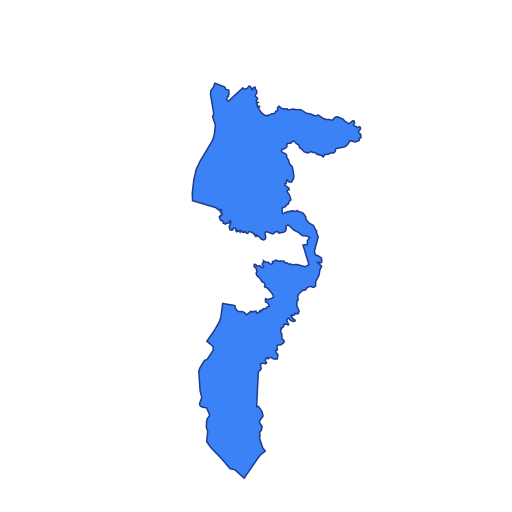 outline of Macapá, Amapá, Brazil, rotated 137°
{"feature_id": "56859067B47097843111479", "entity_name": "Macapá", "entity_type": "district", "adm_level": 2, "iso_a3": "BRA", "parent_name": "Brazil", "parent_adm1": "Amapá", "projection": "robinson", "projection_center": [-50.803, 0.571], "detail": "fine", "context": "isolated", "style": "filled", "palette": "blue", "viewbox_px": 512, "rotation_deg": 137, "n_neighbors": 0, "source": "geoboundaries", "source_scale": "gbopen_adm2", "svg_char_len": 6153}
<svg xmlns="http://www.w3.org/2000/svg" viewBox="0 0 512 512"><g transform="rotate(137 256 256)"><path d="M264.7,339.7L252.5,318.9L251.7,314.0L251.0,313.6L250.2,314.1L250.1,313.5L250.2,312.6L252.3,312.0L251.6,310.4L252.6,309.2L254.4,310.1L254.9,309.1L256.3,309.6L257.5,306.4L257.5,305.6L256.6,304.7L256.8,302.6L257.6,302.3L256.5,300.1L255.7,300.4L254.6,299.3L252.3,298.7L251.8,299.5L250.8,299.3L251.7,297.5L253.1,297.2L254.2,296.0L255.6,295.9L257.1,293.0L256.3,292.5L256.5,291.7L255.3,290.9L254.6,291.7L252.5,291.4L252.1,290.9L253.0,288.8L252.6,288.3L253.5,288.0L253.6,286.9L253.0,286.6L252.6,287.3L251.7,286.8L251.4,284.3L250.0,285.2L249.5,283.5L249.9,282.7L248.6,281.4L247.9,281.9L247.3,281.1L247.4,279.3L246.7,278.1L245.1,278.7L244.1,278.4L242.5,275.2L242.7,273.2L242.1,272.6L243.1,270.7L242.6,270.2L241.2,270.7L241.3,269.1L240.2,267.9L240.8,265.2L239.5,262.5L237.3,262.1L235.5,263.9L234.0,266.5L232.6,267.2L231.3,265.9L228.9,260.9L227.5,260.3L226.2,260.6L224.0,259.6L223.3,258.2L223.8,257.3L219.5,254.5L217.5,254.2L215.3,255.2L213.6,257.6L211.4,256.8L210.9,254.7L210.7,249.4L208.7,243.8L208.6,240.8L207.5,238.3L205.3,236.2L204.1,232.9L208.0,232.2L210.5,229.5L214.2,231.9L223.2,213.6L226.2,214.2L227.4,214.7L231.5,221.4L233.0,223.0L235.4,224.3L236.0,226.5L237.6,227.7L238.0,229.9L238.8,230.3L239.6,232.1L238.9,232.8L241.3,235.6L242.7,236.0L242.7,236.8L243.4,237.2L244.2,239.5L246.6,239.8L247.2,240.6L248.0,240.6L248.8,239.1L250.8,239.8L251.4,241.7L251.2,243.1L252.6,244.0L253.8,247.5L254.5,246.2L256.1,246.4L257.4,245.3L257.3,243.2L258.7,242.6L259.5,243.3L259.7,246.0L262.0,248.1L262.1,250.2L262.9,251.0L264.4,249.9L264.7,248.9L264.0,247.3L264.8,246.5L265.6,244.1L267.7,243.3L268.7,241.3L268.4,236.9L269.2,232.8L268.4,231.7L268.5,229.8L269.1,228.4L270.4,228.2L270.7,227.0L269.5,225.0L269.7,218.4L270.3,215.5L271.1,214.2L273.5,214.3L277.0,216.1L277.8,216.8L277.8,218.1L278.5,218.1L280.4,215.8L279.5,214.0L280.3,210.1L283.0,211.2L284.4,210.7L286.9,212.6L287.7,211.9L289.7,213.0L290.3,212.0L290.9,213.3L292.3,212.9L294.5,213.7L293.6,215.9L294.7,216.0L295.5,217.2L297.4,217.6L297.1,218.3L297.6,219.1L303.0,219.4L303.1,222.5L303.8,224.5L306.5,227.1L307.1,228.7L306.6,232.2L305.4,233.7L305.7,234.8L312.7,244.0L323.1,235.5L327.0,233.2L336.3,230.2L350.1,227.2L349.1,219.3L351.3,216.4L362.3,213.7L364.9,214.8L373.4,212.4L376.4,210.8L388.7,195.7L392.1,189.6L397.1,187.0L398.8,185.5L399.0,184.0L398.3,182.0L395.7,178.6L398.4,171.1L403.0,170.1L405.0,168.7L409.0,164.7L411.0,160.6L418.7,153.9L419.7,146.2L419.4,131.4L420.0,118.0L417.7,115.0L417.1,112.8L416.2,101.6L391.7,107.0L387.7,107.6L382.3,107.0L381.8,111.6L377.4,120.7L375.7,121.8L373.7,124.6L371.5,124.7L367.9,126.9L367.3,130.6L366.0,133.0L360.3,134.0L359.7,134.6L357.8,138.0L356.9,143.3L357.2,145.1L358.3,145.4L333.3,169.7L330.2,169.6L328.9,170.2L326.6,174.1L324.0,172.8L322.5,170.7L321.8,170.5L320.9,170.9L321.1,172.3L319.8,173.8L317.0,174.3L317.3,172.6L315.7,172.6L314.1,171.5L313.3,168.6L311.0,166.3L310.3,166.4L307.2,169.0L307.2,171.5L306.1,173.6L304.8,172.8L304.0,173.0L303.3,174.7L301.5,176.0L300.6,175.9L298.3,174.0L294.4,173.7L293.1,175.3L293.5,177.7L290.4,181.2L289.6,183.7L288.6,184.8L287.3,185.1L287.0,186.2L284.8,185.5L283.2,185.9L282.3,187.0L280.2,185.4L279.5,183.6L278.8,183.7L277.6,187.7L275.8,188.8L274.4,188.2L274.8,186.7L274.3,184.5L273.6,182.9L272.2,181.9L271.2,182.2L271.7,185.3L271.0,188.8L270.3,188.9L269.9,187.7L268.1,186.6L266.5,187.5L265.4,185.6L264.6,185.8L264.2,185.1L262.0,186.4L259.8,192.5L259.2,192.5L256.9,195.1L255.7,194.8L254.8,195.5L253.0,198.0L250.3,199.1L245.6,199.1L242.7,197.3L241.4,198.0L238.8,197.7L236.6,196.3L235.4,193.8L233.1,193.3L229.6,196.7L223.3,198.8L218.6,202.4L215.0,203.7L215.2,209.3L212.8,206.5L211.6,207.1L209.5,210.0L210.5,214.0L211.8,216.2L210.1,219.6L197.4,227.6L196.1,231.3L194.5,233.2L194.5,235.0L193.2,239.0L194.8,244.2L194.5,248.6L192.9,250.9L192.3,255.1L193.0,256.2L192.9,257.0L194.1,258.3L194.9,261.2L196.7,261.5L197.6,263.3L198.8,263.6L198.9,264.5L199.9,265.4L201.2,265.3L202.3,266.9L204.0,266.9L204.3,267.7L207.1,268.4L207.5,269.0L207.1,270.0L204.3,273.2L200.6,272.0L198.5,272.6L197.6,271.9L193.5,273.5L192.2,273.2L190.1,277.4L189.2,282.4L187.5,282.7L186.7,281.8L185.6,283.0L186.5,287.8L186.0,289.0L184.5,288.6L181.6,290.6L181.5,288.0L179.7,285.8L175.8,287.0L173.6,288.9L168.6,296.4L168.6,300.6L166.8,304.0L166.3,307.3L164.9,308.8L164.6,310.1L166.0,314.0L166.0,315.0L164.9,316.0L164.2,316.3L162.7,315.2L159.3,314.7L156.4,317.0L153.7,314.8L150.4,314.8L149.7,313.2L149.8,310.5L149.0,308.3L150.3,305.2L149.6,302.5L149.7,299.4L148.0,296.1L144.3,294.6L143.6,292.6L142.4,291.8L141.9,288.2L141.1,288.1L140.6,287.4L140.8,286.5L139.0,284.8L139.6,284.4L139.2,282.6L136.2,283.2L133.9,281.2L130.4,280.1L129.1,278.4L126.5,278.5L124.9,280.0L124.1,279.9L116.8,275.4L113.8,274.9L108.6,276.2L105.7,271.8L102.0,270.2L101.1,270.4L100.8,271.4L98.3,271.1L96.5,273.6L96.7,276.0L95.5,277.7L93.7,277.4L92.2,278.3L92.0,279.8L94.1,280.7L95.4,284.9L94.9,285.7L92.9,286.2L92.2,287.7L92.5,288.4L93.1,289.0L97.4,289.2L98.0,289.9L99.1,293.7L99.0,296.6L101.4,302.3L103.3,303.5L107.9,303.4L109.6,306.2L111.1,307.4L112.9,310.4L114.4,316.8L116.2,317.2L117.9,319.0L117.7,319.8L118.3,320.2L119.0,322.3L121.8,326.1L123.5,332.6L127.5,336.2L127.7,337.3L128.6,337.5L129.0,338.5L133.0,340.8L132.9,342.6L135.5,344.7L136.8,347.0L136.8,349.1L137.2,350.0L139.2,349.8L140.8,347.7L142.9,348.3L145.0,347.7L146.0,347.9L147.8,349.4L151.7,350.5L151.8,351.4L153.4,351.9L154.3,357.0L153.9,360.0L153.0,363.6L151.7,362.7L151.6,363.5L152.9,364.4L152.8,365.1L152.1,365.5L151.3,367.6L149.8,366.9L150.2,368.7L149.2,370.1L147.9,369.7L147.2,370.5L147.5,373.3L146.8,374.1L144.3,374.6L142.7,376.6L142.7,378.3L141.5,380.1L142.9,381.0L145.0,380.0L145.7,380.7L144.8,382.1L144.6,384.4L145.3,385.0L148.3,384.6L150.9,386.1L150.9,387.9L170.7,388.1L170.9,390.5L168.0,391.9L167.3,391.6L164.9,393.3L164.8,394.2L163.9,394.4L162.8,396.0L164.5,398.3L163.6,401.0L168.2,410.4L172.5,408.3L175.8,407.9L178.9,405.5L188.8,390.4L190.8,388.0L192.2,388.0L192.9,387.1L196.4,379.5L203.3,373.5L208.4,370.4L232.4,363.4L240.9,360.0L249.7,354.0L260.0,345.2L264.7,339.7Z" fill="#3b82f6" stroke="#1e3a8a" stroke-width="1.5"/></g></svg>